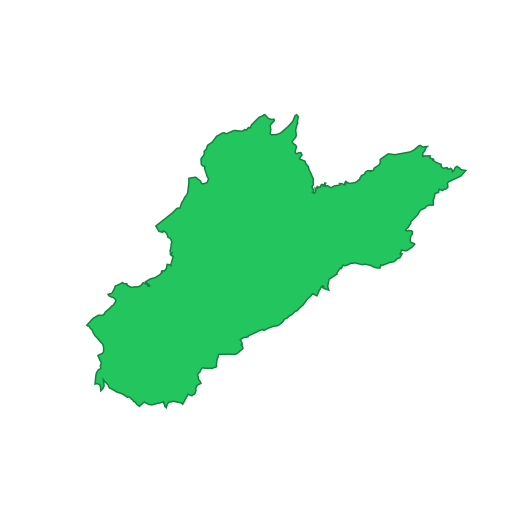 Valea Chioarului, Maramures, Romania, rotated 312°
{"feature_id": "2599482B15879109354657", "entity_name": "Valea Chioarului", "entity_type": "district", "adm_level": 2, "iso_a3": "ROU", "parent_name": "Romania", "parent_adm1": "Maramures", "projection": "robinson", "projection_center": [23.459, 47.406], "detail": "fine", "context": "isolated", "style": "filled", "palette": "green", "viewbox_px": 512, "rotation_deg": 312, "n_neighbors": 0, "source": "geoboundaries", "source_scale": "gbopen_adm2", "svg_char_len": 6099}
<svg xmlns="http://www.w3.org/2000/svg" viewBox="0 0 512 512"><g transform="rotate(312 256 256)"><path d="M351.0,364.1L355.3,363.1L354.1,361.7L357.9,360.2L359.6,363.4L361.1,364.6L366.8,366.0L371.0,366.1L371.2,365.5L369.9,362.1L369.9,360.9L374.2,357.7L376.6,357.6L378.8,356.2L378.7,354.4L377.6,353.3L377.2,352.2L375.6,351.6L375.2,349.9L377.9,349.7L379.7,350.0L381.5,349.3L383.4,349.4L384.5,348.5L385.5,348.2L394.8,348.5L400.1,347.5L404.6,349.5L407.1,349.3L410.0,350.8L412.2,353.6L412.8,353.5L416.0,350.4L418.0,349.7L422.5,347.2L425.3,349.2L428.1,347.5L429.6,350.9L431.5,351.2L433.0,352.4L435.7,352.5L438.4,349.4L440.0,349.5L452.7,354.8L460.0,354.7L457.9,351.7L457.3,349.9L457.7,348.5L457.1,346.1L457.2,345.4L455.2,344.8L451.9,345.9L450.1,345.7L451.3,344.1L451.5,342.0L450.2,341.6L448.8,340.1L449.6,339.2L449.4,338.6L446.4,336.5L446.4,333.6L448.0,332.3L446.1,327.4L445.6,323.7L446.1,323.6L445.9,323.1L446.6,323.0L445.2,319.6L447.0,318.4L442.5,313.7L441.6,313.6L441.6,313.2L444.4,311.0L446.7,311.2L450.5,309.8L451.9,310.0L450.4,308.4L449.2,307.9L448.5,306.5L448.2,304.2L447.5,304.0L447.2,303.3L440.2,302.4L436.6,301.0L424.3,291.5L420.4,285.9L411.0,283.7L409.6,284.7L409.5,285.4L406.7,286.5L404.8,286.3L400.3,285.0L398.5,286.0L397.2,285.6L396.8,284.8L395.6,284.6L395.8,283.9L395.2,283.8L395.2,283.0L394.1,281.9L392.0,281.3L391.1,281.2L389.8,282.0L386.2,280.5L385.5,281.0L383.8,281.0L381.8,282.0L381.1,281.3L379.0,281.3L376.6,280.3L373.3,277.7L372.0,276.0L371.7,275.5L372.0,274.8L371.4,274.2L371.6,272.8L371.2,272.7L370.4,273.8L369.6,273.1L368.5,274.5L368.2,273.5L367.5,272.9L367.3,271.4L365.7,269.6L365.2,270.5L364.6,270.7L360.3,267.2L357.6,266.5L356.7,265.4L356.2,262.3L354.5,260.7L355.6,259.2L356.7,259.1L356.3,258.3L353.5,259.8L353.0,258.9L353.8,258.1L353.5,257.2L352.3,256.8L350.3,257.8L348.9,256.0L347.9,256.5L347.7,256.0L348.1,255.2L347.0,255.6L346.3,255.3L346.0,254.7L345.6,255.5L343.4,257.6L341.2,257.0L341.2,255.2L342.1,255.6L343.0,255.5L344.1,254.3L343.5,253.8L344.6,251.7L345.7,250.9L347.3,251.0L349.2,249.0L351.4,247.4L354.3,241.2L355.4,238.0L357.5,235.0L358.0,231.0L359.3,229.1L357.3,223.4L358.8,222.8L361.9,222.6L362.9,220.2L361.5,218.8L359.1,217.6L359.0,216.1L360.6,214.8L364.4,213.0L364.9,211.0L364.5,208.6L365.1,206.3L371.0,206.0L372.8,205.1L376.1,201.2L380.8,198.6L382.7,198.1L383.7,196.7L387.8,194.3L388.2,191.6L386.1,191.2L381.3,193.1L379.0,193.3L373.4,193.2L363.8,192.0L360.3,190.2L356.4,186.4L356.4,184.6L359.9,182.4L362.3,179.3L363.7,179.0L368.9,179.1L369.7,177.8L367.8,176.2L366.4,172.4L367.0,169.1L366.8,167.7L366.3,167.4L365.3,167.5L361.2,165.5L350.5,164.9L347.1,166.0L346.5,164.4L343.1,164.6L342.3,162.7L341.2,162.9L339.2,162.0L335.4,156.6L334.1,155.4L327.5,152.5L326.6,151.5L326.3,149.8L324.8,148.7L318.5,146.6L311.2,147.3L305.8,145.9L302.2,147.6L299.1,147.4L297.4,149.1L295.9,149.8L291.8,150.0L290.7,150.7L287.4,154.2L287.4,156.4L288.3,158.1L286.7,159.1L282.2,166.9L281.7,169.0L277.9,170.6L273.8,168.1L273.7,166.0L274.6,164.8L274.2,160.6L274.4,159.3L274.0,158.2L268.8,154.1L265.7,157.0L257.1,163.0L254.9,163.6L251.6,163.8L248.0,165.0L245.9,165.1L240.7,167.4L239.4,165.9L238.1,165.3L232.4,165.1L211.2,161.5L209.4,167.5L211.2,170.9L212.4,170.1L213.0,171.2L213.1,173.7L212.3,176.1L211.0,177.8L211.7,180.3L211.3,181.9L209.8,184.4L208.4,184.8L206.0,186.7L202.2,188.8L201.4,190.0L200.1,191.1L200.7,191.6L201.5,191.7L199.6,192.5L200.3,194.7L192.6,198.5L192.1,199.3L191.3,196.9L190.3,195.5L187.1,197.6L185.9,197.8L183.5,197.9L182.7,196.5L181.8,196.0L181.3,196.2L181.6,196.7L180.7,197.2L180.4,196.9L177.6,197.1L172.2,195.4L168.3,192.8L162.8,191.1L162.5,192.1L162.9,193.4L162.8,196.9L162.1,197.0L161.3,195.4L162.0,194.6L162.0,193.4L160.6,190.0L157.5,190.2L155.1,189.5L153.5,188.4L152.1,186.6L149.9,185.0L149.0,183.6L148.1,180.0L149.0,178.5L147.1,176.7L147.0,174.6L142.2,172.9L139.6,171.5L137.2,172.5L132.4,173.8L131.6,173.7L128.5,171.7L128.0,173.1L128.9,176.3L129.6,177.4L129.8,179.5L129.5,180.8L128.9,182.0L123.9,182.8L121.9,182.2L120.2,182.4L113.9,181.5L110.3,182.1L107.9,180.4L107.3,179.3L106.1,178.3L100.4,176.6L91.3,176.6L91.3,177.4L92.1,178.8L91.4,181.3L91.4,183.4L90.2,186.1L89.0,189.7L88.9,193.1L88.1,197.7L88.0,201.0L86.4,203.6L82.8,206.9L80.5,206.9L77.7,205.5L76.2,205.2L74.0,210.0L73.7,211.7L71.9,213.2L70.4,213.6L68.9,215.6L68.0,215.9L66.3,215.1L62.9,215.4L60.3,216.8L53.1,222.0L55.1,223.6L55.7,226.7L52.0,230.9L54.8,231.0L57.8,230.1L62.0,225.3L61.4,228.5L61.3,231.9L59.8,235.5L60.5,237.0L61.8,243.7L64.1,248.8L65.0,255.1L65.9,255.5L66.4,256.5L66.6,258.1L66.3,259.2L66.6,260.5L66.0,262.4L66.5,263.3L66.6,264.6L66.1,265.9L66.0,267.9L66.4,270.2L67.7,269.7L68.9,270.4L69.8,270.2L72.8,270.8L72.8,272.0L73.3,272.8L73.9,275.6L75.6,278.2L81.5,282.0L82.3,282.9L84.1,283.7L85.8,285.1L84.8,286.1L84.5,287.3L83.2,289.0L83.2,290.9L84.9,289.9L87.9,289.1L90.0,289.4L90.8,290.7L92.7,291.6L96.9,299.1L96.8,300.7L107.8,298.1L109.2,301.9L110.7,301.9L111.9,302.7L112.8,302.7L114.9,301.9L116.2,301.2L117.2,299.8L120.7,298.8L124.6,300.3L125.2,299.1L126.2,295.2L127.2,294.7L128.2,292.4L129.9,291.7L132.5,291.9L134.8,291.1L136.9,291.0L140.8,296.0L141.9,296.8L143.0,298.7L144.9,299.4L146.7,300.6L147.7,300.6L148.3,299.7L152.7,296.4L155.9,295.3L157.6,294.1L158.0,294.2L165.3,301.9L167.1,304.4L169.5,306.6L170.7,307.2L178.5,308.2L179.9,306.4L179.9,304.6L181.1,304.8L182.1,303.8L183.3,300.2L186.0,301.2L186.9,301.2L189.5,303.5L190.8,304.2L191.5,303.8L202.7,308.4L205.9,310.2L206.0,311.8L209.8,313.0L215.2,315.9L218.6,318.6L220.6,319.3L224.9,320.0L228.3,319.4L230.6,320.6L233.5,320.8L236.5,321.9L241.5,322.2L242.3,323.0L244.3,323.3L245.7,323.1L251.4,323.8L257.8,323.0L262.4,323.5L265.9,323.3L267.1,327.9L272.8,326.1L276.7,325.3L278.2,325.4L278.6,326.7L277.2,326.9L277.5,328.7L279.4,332.9L281.4,329.6L287.5,325.9L296.8,328.3L297.0,327.5L303.5,326.7L303.7,327.8L307.4,326.7L307.8,328.0L308.6,328.9L311.5,330.5L314.0,331.2L315.6,333.1L317.0,333.9L320.5,340.6L322.0,341.7L323.6,343.6L325.7,347.6L326.7,351.2L327.9,353.5L329.9,356.2L331.0,355.5L331.6,355.6L332.8,354.6L333.8,356.3L340.8,359.8L344.0,362.3L346.3,362.8L347.8,362.5L351.0,364.1Z" fill="#22c55e" stroke="#15803d" stroke-width="1.5"/></g></svg>